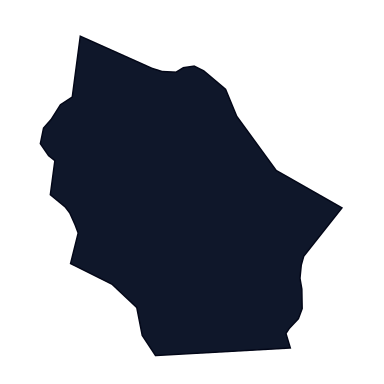 the border of Vojnik, rotated 177°
{"feature_id": "SVN-223", "entity_name": "Vojnik", "entity_type": "Municipality", "adm_level": 1, "iso_a3": "SVN", "parent_name": "Slovenia", "parent_adm1": "", "projection": "orthographic", "projection_center": [15.32, 46.313], "detail": "fine", "context": "isolated", "style": "filled", "palette": "ink", "viewbox_px": 384, "rotation_deg": 177, "n_neighbors": 0, "source": "natural_earth", "source_scale": "10m", "svg_char_len": 610}
<svg xmlns="http://www.w3.org/2000/svg" viewBox="0 0 384 384"><g transform="rotate(177 192 192)"><path d="M102.0,31.1L237.0,30.6L249.2,51.4L253.2,79.5L276.7,104.1L317.0,126.9L307.8,157.0L310.5,165.5L315.1,177.4L319.4,183.7L333.6,196.7L327.3,230.5L333.3,235.8L340.9,248.2L336.9,263.6L328.7,272.0L318.8,286.0L306.6,293.1L295.4,353.4L225.5,317.6L215.6,313.9L201.7,312.5L194.1,316.6L183.2,317.6L173.9,312.3L153.1,292.8L143.4,265.3L106.8,209.1L43.1,168.3L83.8,122.0L86.7,113.4L88.7,100.2L87.4,89.3L88.1,69.8L92.4,59.9L102.0,50.7L105.6,45.8L102.0,31.1Z" fill="#0f172a" stroke="#020617" stroke-width="1.5"/></g></svg>